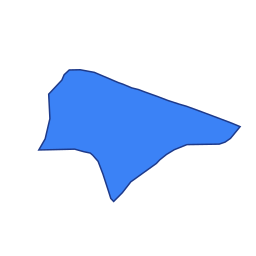 the district of San Andrés Xecul, Totonicapán, Guatemala, rotated 132°
{"feature_id": "79465075B53537343705712", "entity_name": "San Andrés Xecul", "entity_type": "district", "adm_level": 2, "iso_a3": "GTM", "parent_name": "Guatemala", "parent_adm1": "Totonicapán", "projection": "albers", "projection_center": [-91.498, 14.912], "detail": "fine", "context": "isolated", "style": "filled", "palette": "blue", "viewbox_px": 256, "rotation_deg": 132, "n_neighbors": 0, "source": "geoboundaries", "source_scale": "gbopen_adm2", "svg_char_len": 654}
<svg xmlns="http://www.w3.org/2000/svg" viewBox="0 0 256 256"><g transform="rotate(132 128 128)"><path d="M131.1,211.1L136.7,209.2L155.9,209.6L173.3,192.3L191.5,182.3L204.0,179.6L194.8,169.8L179.4,153.5L175.3,145.2L171.9,139.3L171.8,136.1L172.8,127.9L179.0,115.8L188.3,99.7L191.9,93.6L192.2,89.5L179.9,88.9L166.1,89.9L135.3,83.2L130.4,83.1L121.9,81.7L113.2,79.1L100.9,73.1L78.9,49.4L73.5,46.4L67.2,44.9L58.0,45.3L52.0,45.6L55.0,54.2L66.5,83.6L72.8,99.3L76.1,106.1L80.9,116.9L85.1,127.8L89.8,139.2L92.4,145.9L95.7,152.1L98.9,161.3L100.7,165.5L109.2,190.3L116.7,202.5L124.2,210.5L131.1,211.1Z" fill="#3b82f6" stroke="#1e3a8a" stroke-width="1.5"/></g></svg>